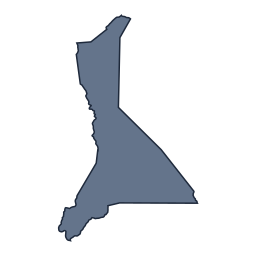 the district of Jacaleapa, El Paraíso, Honduras
{"feature_id": "27666195B90337288722280", "entity_name": "Jacaleapa", "entity_type": "district", "adm_level": 2, "iso_a3": "HND", "parent_name": "Honduras", "parent_adm1": "El Paraíso", "projection": "albers", "projection_center": [-86.709, 14.063], "detail": "fine", "context": "isolated", "style": "filled", "palette": "slate", "viewbox_px": 256, "rotation_deg": 0, "n_neighbors": 0, "source": "geoboundaries", "source_scale": "gbopen_adm2", "svg_char_len": 5275}
<svg xmlns="http://www.w3.org/2000/svg" viewBox="0 0 256 256"><path d="M70.5,240.6L70.4,240.0L70.3,239.4L70.5,238.8L70.6,238.6L72.5,237.4L73.2,237.0L74.1,236.2L74.6,235.9L74.8,235.8L75.1,235.8L75.3,235.8L76.0,235.9L76.5,235.9L77.1,235.9L77.5,235.8L77.7,235.7L77.9,235.6L78.1,235.4L78.4,235.1L78.5,235.0L79.4,234.5L80.0,234.0L80.1,233.7L80.5,232.7L80.5,232.1L80.5,231.8L80.6,231.5L80.7,231.2L81.0,230.9L82.0,230.1L82.6,229.4L82.8,229.3L82.9,229.1L83.1,228.6L83.5,227.8L83.9,227.2L84.8,226.2L85.3,225.4L85.5,225.0L85.7,224.4L85.9,224.1L86.3,223.5L87.0,222.8L87.6,222.3L87.9,222.0L88.4,221.2L88.5,220.9L88.6,220.6L88.6,220.4L88.9,220.1L89.1,219.9L89.3,219.8L90.2,219.5L90.8,219.3L91.2,218.7L91.6,218.2L92.0,217.6L92.8,217.8L93.8,218.0L94.0,218.0L94.5,218.3L94.9,218.5L95.3,218.6L95.6,218.6L95.8,218.6L96.1,218.4L96.4,218.4L97.3,218.3L98.2,218.3L98.6,218.2L99.6,218.0L100.8,217.5L102.0,217.3L102.8,217.2L103.2,217.1L103.4,217.0L103.7,216.8L103.9,216.6L104.1,216.4L104.6,215.4L105.1,214.6L105.3,214.5L105.5,214.7L105.9,214.6L106.1,214.4L107.3,212.8L107.7,212.4L107.7,212.2L107.8,211.7L107.9,210.8L108.0,209.9L107.9,209.0L108.0,207.1L108.0,206.5L108.0,206.2L107.9,205.7L119.7,202.9L197.4,203.2L197.1,202.6L197.0,202.2L197.0,201.7L196.9,201.4L196.7,201.1L196.4,200.8L196.2,200.7L195.8,200.5L195.5,200.2L195.3,198.9L195.0,198.6L194.5,198.0L194.2,197.7L193.8,197.0L193.6,196.3L193.3,195.9L193.2,195.6L193.1,195.4L193.2,194.8L193.2,194.1L193.2,193.7L193.3,193.4L193.5,193.0L193.9,192.0L193.9,191.6L193.9,191.3L161.2,149.7L118.4,107.4L119.9,37.6L130.5,18.9L130.2,18.6L129.5,18.2L128.9,17.8L128.5,17.7L128.0,17.6L127.3,17.6L126.4,17.5L126.0,17.3L125.5,17.0L124.7,16.6L123.4,16.4L122.9,16.4L122.7,16.4L121.9,16.0L121.4,15.7L121.3,15.4L121.1,15.6L119.8,16.6L119.2,17.0L118.9,17.1L118.6,17.1L117.5,17.2L117.0,17.2L116.7,17.3L116.2,17.6L115.2,18.4L113.2,20.2L112.4,21.0L111.8,21.7L111.0,22.6L110.5,23.1L109.8,23.7L109.3,24.3L109.0,24.7L108.6,25.2L108.4,25.4L108.1,25.7L107.5,26.1L106.9,26.5L106.5,26.8L106.3,27.1L106.2,27.3L106.1,27.5L106.2,28.0L106.3,28.3L106.5,28.8L106.6,29.0L106.8,29.3L90.9,41.9L76.8,43.0L77.9,45.6L77.8,46.7L77.8,47.5L78.0,48.3L78.0,49.1L78.2,49.7L78.3,50.6L78.2,51.2L77.9,51.8L77.5,52.9L77.0,53.5L76.8,53.9L76.3,54.4L80.3,84.0L81.8,85.0L82.1,85.2L82.5,85.9L83.0,86.6L83.5,87.4L84.1,88.2L84.4,88.8L85.0,89.5L85.6,90.3L86.0,90.9L86.1,91.1L86.3,91.9L86.8,93.2L86.9,93.7L86.8,93.8L86.6,94.2L86.5,94.7L85.9,95.7L85.8,96.0L86.6,97.9L87.1,98.7L87.6,99.5L88.3,100.6L88.5,100.9L88.7,101.2L88.8,101.5L88.8,102.2L88.8,102.5L88.7,103.1L88.6,103.4L88.7,103.9L88.8,104.1L89.0,104.4L89.3,104.6L89.9,104.9L90.6,105.1L90.8,105.2L91.1,105.4L91.2,105.6L91.1,105.8L90.4,106.5L90.1,106.8L89.7,107.4L89.4,107.9L89.3,108.1L89.3,108.4L89.3,108.6L89.4,108.9L89.6,109.1L91.4,109.2L91.8,109.3L92.1,109.4L92.4,109.7L92.5,109.8L92.7,110.1L92.8,110.3L93.1,110.6L93.3,110.7L94.1,110.8L94.3,110.9L94.3,111.1L94.4,111.8L94.3,112.2L94.1,113.0L94.1,113.4L94.1,113.6L94.2,113.8L94.4,113.9L94.5,114.0L94.9,114.2L95.2,114.3L95.3,114.5L94.4,116.1L94.4,116.4L94.4,116.5L94.5,116.6L95.0,116.9L95.5,117.3L95.7,117.5L95.9,117.7L96.0,118.0L96.0,118.4L95.9,118.7L95.5,119.2L94.4,120.0L94.1,120.3L93.9,120.6L93.7,121.1L93.3,121.7L92.6,122.8L92.5,123.2L92.4,123.6L92.5,123.9L92.6,124.4L92.7,124.7L93.0,125.2L93.3,126.0L93.3,126.4L93.3,128.6L93.7,129.8L94.0,130.8L94.2,131.2L94.3,131.7L94.2,132.3L94.1,132.7L94.0,133.1L93.8,133.4L93.6,133.7L93.2,134.4L92.2,135.3L92.1,135.6L92.2,135.9L92.4,136.2L92.6,136.4L93.1,136.6L93.4,136.9L93.6,137.1L93.7,137.4L93.7,137.7L93.7,138.0L93.9,138.4L94.1,138.7L94.3,139.1L94.8,139.8L95.1,140.1L95.6,140.6L95.7,140.8L95.9,141.1L95.9,141.4L96.0,141.8L96.0,142.3L95.9,142.8L95.8,143.1L95.8,143.4L95.9,143.7L96.0,144.0L96.1,144.3L96.8,145.1L97.4,146.0L97.6,146.3L97.7,146.8L97.9,147.4L98.0,148.3L98.1,149.0L98.0,150.1L98.0,150.6L98.0,150.8L97.9,150.8L97.7,150.6L96.2,163.2L77.1,195.6L76.9,196.4L76.8,197.7L76.6,198.3L76.5,198.5L76.2,198.7L76.0,199.0L75.7,199.5L75.4,200.0L75.3,200.6L75.3,201.1L75.3,201.6L76.0,204.4L76.0,204.6L75.9,205.0L75.8,205.4L75.6,205.7L75.5,205.9L75.3,206.1L75.1,206.3L74.9,206.4L74.2,206.6L72.6,206.9L71.5,207.3L71.2,207.4L70.6,207.8L69.9,208.3L69.7,208.4L69.5,208.5L69.2,208.5L68.5,208.2L68.0,208.1L67.2,207.9L66.4,207.8L65.8,207.7L65.7,207.8L65.3,208.0L65.2,208.2L65.1,208.5L64.9,209.2L64.8,209.9L64.8,210.2L64.8,210.7L64.7,211.0L64.6,211.3L64.3,211.6L64.0,211.7L63.9,211.8L63.8,212.0L63.7,212.2L63.7,212.6L63.7,213.0L63.8,213.9L63.7,214.1L63.6,214.7L63.5,215.3L63.5,216.0L63.5,216.4L63.4,216.5L62.7,217.3L62.3,217.7L62.3,217.8L62.3,218.0L62.4,218.4L62.5,219.2L62.3,219.5L62.0,220.0L61.8,220.2L61.4,221.5L61.1,222.5L61.3,223.0L61.3,223.5L61.2,223.9L61.1,224.1L60.4,224.7L60.1,225.2L59.8,225.5L59.7,225.6L59.4,225.8L59.1,226.3L58.7,227.6L58.6,227.9L58.7,228.6L58.8,229.7L58.9,230.2L59.1,230.6L59.3,230.9L59.6,231.2L60.0,231.4L60.6,231.6L61.2,231.8L61.7,231.8L62.1,231.7L62.5,231.6L63.0,231.4L63.3,231.2L63.6,230.9L63.9,230.7L64.2,230.6L64.7,230.6L65.1,230.7L65.4,230.9L65.7,231.1L65.8,231.2L65.9,231.4L65.9,231.5L65.9,231.8L65.8,233.2L65.6,235.2L65.6,235.8L65.6,236.1L65.7,236.6L65.8,237.1L66.3,238.1L66.6,238.7L67.0,239.3L67.4,239.7L67.8,240.0L68.1,240.1L68.6,240.3L70.1,240.5L70.3,240.5L70.5,240.6Z" fill="#64748b" stroke="#1e293b" stroke-width="1.5"/></svg>